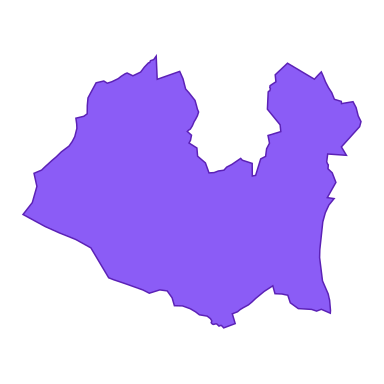 Ganye, Adamawa, Nigeria (Mercator projection)
{"feature_id": "59680162B41420170912929", "entity_name": "Ganye", "entity_type": "district", "adm_level": 2, "iso_a3": "NGA", "parent_name": "Nigeria", "parent_adm1": "Adamawa", "projection": "mercator", "projection_center": [12.041, 8.431], "detail": "fine", "context": "isolated", "style": "filled", "palette": "violet", "viewbox_px": 384, "rotation_deg": 0, "n_neighbors": 0, "source": "geoboundaries", "source_scale": "gbopen_adm2", "svg_char_len": 2303}
<svg xmlns="http://www.w3.org/2000/svg" viewBox="0 0 384 384"><path d="M75.9,118.2L76.2,120.5L76.7,124.0L76.9,128.3L74.8,136.6L72.2,141.6L69.0,146.1L61.4,151.8L56.3,156.8L51.8,160.6L47.8,164.3L46.3,165.6L44.8,167.0L41.6,170.1L38.5,171.4L34.0,173.3L36.9,186.4L32.3,202.6L23.0,214.5L45.3,226.6L59.6,233.0L75.8,239.5L90.9,247.9L100.6,264.2L108.7,277.8L113.8,279.8L119.5,281.7L127.1,284.3L134.1,286.8L143.0,290.0L144.4,290.7L149.3,293.2L159.8,289.9L167.2,290.9L172.1,297.8L174.4,305.7L182.5,305.9L190.2,308.7L195.5,311.8L199.4,314.8L207.1,316.1L210.4,318.6L211.8,320.9L211.2,322.7L211.9,323.6L212.9,324.3L213.7,324.4L215.4,323.9L216.7,323.9L219.0,326.1L221.0,325.3L222.3,326.3L223.7,327.9L235.2,323.6L232.3,313.8L237.5,311.8L240.1,309.6L243.4,307.6L244.9,306.8L248.4,304.9L251.8,302.1L255.7,298.4L264.2,291.4L272.8,285.8L275.0,293.7L282.0,294.0L284.6,294.6L287.8,295.2L290.3,302.8L298.3,308.6L311.6,309.4L316.6,311.1L321.3,309.3L330.3,313.2L330.5,310.5L329.6,300.1L329.1,298.2L328.2,294.0L322.5,280.9L319.8,259.2L319.6,257.6L319.8,250.1L319.9,248.9L322.8,221.9L325.3,212.8L327.6,207.8L328.9,205.0L334.1,198.6L327.3,197.6L335.9,182.4L332.2,172.8L328.0,168.8L328.3,164.8L327.5,163.8L326.7,161.8L327.7,154.0L346.4,155.3L341.4,146.9L359.6,126.7L361.0,121.6L358.2,115.9L356.1,107.6L353.0,101.7L341.5,103.6L341.3,101.4L334.4,99.3L331.7,92.6L328.5,87.7L325.5,81.9L323.2,76.1L321.3,71.9L320.0,73.2L317.7,75.6L314.4,79.2L287.5,63.2L275.2,74.8L275.9,81.8L270.1,85.6L269.8,87.7L270.4,88.6L269.8,90.8L268.5,91.4L268.2,92.0L267.4,109.2L280.1,124.8L280.8,131.6L268.0,135.5L269.5,143.2L266.6,148.7L265.6,156.4L260.7,158.9L255.6,175.4L252.3,176.0L252.2,163.4L242.3,160.2L240.7,158.4L231.9,164.4L226.7,167.1L223.9,170.2L218.3,171.0L214.1,172.6L209.0,172.9L205.4,162.9L197.6,156.2L196.9,148.0L189.0,143.0L190.5,140.3L191.5,135.2L187.3,131.5L188.4,130.3L190.3,129.1L192.3,125.9L194.2,121.5L195.4,119.6L197.4,115.8L198.6,112.0L197.4,109.2L196.5,105.7L195.0,100.4L188.9,92.7L185.6,89.0L183.0,78.8L179.7,71.4L157.2,79.3L156.2,56.1L153.7,59.6L150.5,60.7L149.7,62.5L148.4,62.9L144.4,67.1L140.6,72.1L132.9,75.8L127.1,73.0L125.1,73.8L121.2,76.3L118.1,78.7L111.9,81.7L107.3,83.2L103.8,81.0L96.1,82.8L93.9,86.9L90.7,92.8L88.0,97.9L87.3,105.4L87.2,113.8L83.8,116.3L75.9,118.2Z" fill="#8b5cf6" stroke="#5b21b6" stroke-width="1.5"/></svg>